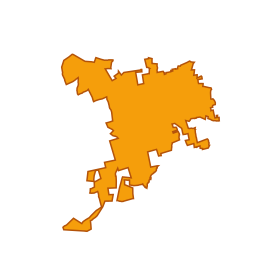 Homún, Yucatán, Mexico (Mercator projection), rotated 73°
{"feature_id": "50627088B94698794440678", "entity_name": "Homún", "entity_type": "district", "adm_level": 2, "iso_a3": "MEX", "parent_name": "Mexico", "parent_adm1": "Yucatán", "projection": "mercator", "projection_center": [-89.236, 20.665], "detail": "fine", "context": "isolated", "style": "filled", "palette": "amber", "viewbox_px": 256, "rotation_deg": 73, "n_neighbors": 0, "source": "geoboundaries", "source_scale": "gbopen_adm2", "svg_char_len": 5735}
<svg xmlns="http://www.w3.org/2000/svg" viewBox="0 0 256 256"><g transform="rotate(73 128 128)"><path d="M194.2,159.8L194.4,159.1L195.6,157.4L195.7,157.0L196.5,155.5L196.8,153.9L196.7,153.4L196.9,144.2L197.1,143.4L192.3,142.6L186.7,141.0L181.2,147.8L177.9,146.8L176.6,146.7L177.3,144.7L177.6,144.3L178.3,141.8L182.9,143.1L184.8,139.4L185.7,135.2L185.7,133.7L186.0,131.0L185.8,130.3L187.6,130.0L187.9,129.8L188.7,129.0L189.3,128.8L189.6,129.1L189.9,128.9L190.1,128.4L190.3,128.4L190.3,128.1L190.8,127.8L191.1,127.6L190.4,127.2L189.9,127.1L189.3,126.6L188.3,126.3L187.9,126.3L187.3,125.9L186.9,125.8L186.7,125.5L186.7,125.2L186.3,124.9L186.2,124.6L185.8,124.2L185.8,123.6L185.6,123.5L185.1,123.5L184.3,123.2L184.0,122.9L183.5,122.4L183.9,121.3L183.2,120.9L182.1,120.5L181.8,120.5L181.8,121.3L181.4,121.0L181.1,120.5L180.6,120.4L180.2,120.1L179.7,119.3L179.4,118.9L179.2,118.3L179.0,117.9L179.0,117.5L178.7,117.1L178.6,116.6L178.6,116.4L178.0,115.9L178.1,115.3L177.5,114.1L177.0,113.5L176.7,113.2L176.3,113.0L175.8,113.0L175.6,112.9L175.2,112.6L174.8,112.4L174.7,112.2L174.8,111.8L174.5,111.6L173.9,111.6L173.5,111.2L173.3,110.7L173.0,110.1L172.7,111.3L172.0,117.7L156.6,116.2L156.8,107.0L163.7,106.9L163.8,106.0L164.1,104.3L162.0,104.1L162.0,94.2L162.0,93.0L159.3,91.9L159.1,91.7L157.1,91.2L155.9,90.3L155.2,90.1L154.4,82.2L152.2,82.1L149.2,80.9L149.3,80.7L148.7,80.6L145.9,81.1L146.1,86.2L144.6,86.3L144.4,81.5L143.5,81.3L142.3,81.5L142.0,81.5L141.4,81.7L140.7,84.6L137.1,84.7L137.3,81.9L144.0,76.8L145.9,76.9L147.9,77.1L150.4,77.2L150.6,75.7L150.7,75.4L150.9,72.3L157.1,72.9L156.7,76.8L158.1,76.7L159.2,76.7L162.0,76.3L162.1,69.6L166.0,70.3L166.1,68.7L166.5,68.4L166.6,67.8L166.1,67.6L166.2,64.4L168.5,64.9L169.4,62.7L170.3,63.0L170.6,57.1L168.4,55.1L168.2,55.6L167.2,55.5L166.0,54.8L165.0,55.0L163.4,54.7L162.4,54.9L161.6,55.4L162.3,66.0L157.0,65.4L156.4,65.5L153.2,65.0L152.4,65.0L150.6,64.6L149.6,64.4L148.9,64.5L148.9,64.1L148.6,64.3L148.2,64.1L147.3,63.6L147.3,64.0L147.5,64.6L147.5,65.0L147.4,66.1L147.2,66.6L146.8,67.1L146.6,68.0L146.5,69.3L146.4,69.3L146.0,70.4L137.7,70.6L139.5,67.6L139.1,67.0L138.9,66.5L138.6,66.3L137.5,65.0L138.2,61.4L138.4,61.4L138.5,59.7L138.0,59.5L138.6,56.0L138.8,55.7L142.4,51.6L139.2,49.9L140.6,48.0L142.3,48.8L144.0,46.5L145.2,45.4L146.0,44.2L146.2,43.3L146.7,42.0L147.1,41.5L147.1,41.1L147.4,40.4L147.5,40.0L147.5,39.9L147.6,39.4L147.8,39.2L147.8,38.6L147.0,38.5L144.5,37.8L144.1,39.3L143.0,39.1L142.1,38.7L141.9,39.8L143.0,40.0L144.0,40.1L143.8,41.9L139.2,41.7L135.8,41.3L135.6,42.8L135.7,43.6L134.7,43.3L132.8,43.2L132.8,42.2L132.9,41.0L132.5,41.0L131.3,40.5L131.0,39.3L131.1,37.7L129.4,37.1L128.6,37.1L127.7,37.3L127.0,37.3L124.9,38.3L125.0,39.1L124.7,39.9L124.5,40.3L118.5,38.8L116.2,37.9L115.5,36.8L113.9,36.9L113.1,38.7L110.6,43.0L110.1,44.3L109.1,43.8L107.5,43.2L106.8,45.2L106.1,47.5L104.2,47.4L102.3,47.1L102.4,46.7L102.3,45.7L102.7,42.7L100.5,42.4L99.7,42.8L100.4,47.4L100.0,47.2L97.3,46.3L97.2,46.7L96.8,49.7L94.6,48.6L91.8,47.4L91.0,50.4L90.5,50.0L85.6,46.9L84.5,45.4L83.9,47.0L83.1,48.6L82.7,49.0L82.3,49.1L82.0,49.5L82.6,52.5L83.4,59.3L84.1,59.8L83.4,61.9L84.9,63.0L85.8,63.2L85.6,65.3L85.2,65.3L85.1,66.2L84.8,68.5L85.9,68.4L86.6,68.6L86.5,69.3L85.7,69.2L85.5,70.2L86.7,70.5L86.5,73.2L86.1,75.5L87.2,75.8L87.4,77.5L85.6,77.2L85.4,77.6L84.2,77.7L84.0,78.4L83.4,83.8L82.9,83.6L81.2,83.4L79.2,82.2L77.1,82.1L75.2,81.4L73.3,86.1L71.0,85.5L68.7,84.7L66.8,87.8L67.7,88.0L67.2,91.9L75.5,92.4L75.8,91.5L77.4,89.8L77.5,90.2L82.2,91.8L81.9,92.6L82.0,93.2L81.4,98.7L90.1,100.0L89.6,106.0L77.0,104.4L78.3,98.3L76.4,98.1L76.4,97.8L76.0,97.8L75.9,98.4L76.3,98.4L73.7,115.7L75.4,118.9L70.8,120.5L71.6,120.8L72.7,121.1L74.4,126.1L77.1,124.9L78.1,129.3L64.8,132.5L65.3,129.7L66.3,126.9L65.2,126.8L60.3,124.5L59.3,122.7L58.5,122.5L58.3,123.1L57.2,126.6L57.2,127.8L56.6,129.4L56.4,130.5L54.5,133.6L51.3,138.1L52.2,138.9L52.8,139.2L55.3,141.1L54.0,143.6L51.8,149.3L51.6,149.7L41.7,158.9L41.2,159.8L42.8,163.8L44.6,169.6L50.1,173.4L50.3,173.6L54.6,174.2L55.5,174.2L56.8,174.8L58.0,175.1L62.8,174.4L64.1,174.6L68.4,174.3L67.5,167.3L66.4,163.8L65.9,163.1L65.9,162.5L65.5,161.8L65.4,161.5L65.2,160.9L66.3,161.1L69.9,162.4L71.2,162.5L72.9,163.3L74.9,165.0L77.3,165.9L78.0,165.9L79.8,166.2L80.7,166.3L81.7,165.9L81.6,165.5L81.3,163.9L81.2,161.4L80.6,160.2L80.6,159.6L80.6,158.9L80.3,156.4L80.1,155.8L79.4,154.7L88.2,153.2L92.0,153.3L92.8,153.1L92.4,151.2L92.3,147.3L92.6,144.2L92.0,139.3L93.8,139.6L94.4,139.8L97.2,139.3L101.5,139.5L102.5,139.7L103.8,139.7L105.9,139.0L108.1,139.0L116.8,140.6L116.9,144.2L116.8,147.5L121.4,147.0L124.9,143.4L126.3,142.7L128.3,146.5L130.9,144.7L131.8,143.3L132.2,142.4L133.5,141.1L135.0,140.4L135.0,149.3L155.0,149.5L154.0,160.5L159.4,160.9L157.9,179.0L166.4,182.7L169.2,176.1L167.2,175.8L163.7,174.3L160.6,172.3L159.4,171.8L159.4,170.1L159.4,168.6L168.5,168.7L168.7,170.6L169.4,173.2L169.8,176.1L174.7,177.4L175.0,179.4L175.3,180.5L175.2,181.1L175.1,181.8L178.1,182.9L179.0,183.5L179.6,182.3L180.3,179.4L179.8,175.6L182.3,175.5L184.4,175.9L185.1,176.2L186.1,176.1L186.4,176.0L190.8,176.2L195.8,176.4L197.1,180.4L197.6,182.4L200.8,188.5L201.5,189.7L202.5,191.3L202.7,192.4L203.4,195.2L204.4,198.3L205.9,200.1L204.9,201.0L198.4,206.5L202.5,214.5L202.9,215.5L203.1,217.4L203.9,219.2L206.5,219.2L213.6,200.2L214.8,197.4L213.9,192.8L209.5,191.8L205.7,191.1L205.5,189.4L205.2,188.6L204.9,188.3L204.7,187.8L204.5,187.3L204.0,185.5L203.2,183.8L203.0,183.5L202.8,183.1L196.0,175.2L191.2,171.4L193.2,164.6L187.3,161.6L186.2,165.7L179.7,164.8L181.8,156.8L175.3,154.7L170.9,153.6L170.3,153.6L170.3,153.9L168.0,153.4L167.3,153.0L163.5,149.6L166.0,149.6L165.9,139.5L176.6,139.5L173.2,147.5L174.1,148.2L182.6,153.5L194.2,159.8Z" fill="#f59e0b" stroke="#b45309" stroke-width="1.5"/></g></svg>